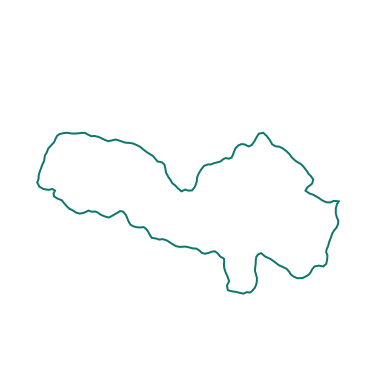 the district of São Gonçalo do Rio Preto, Minas Gerais, Brazil, rotated 110°
{"feature_id": "56859067B83090894964988", "entity_name": "São Gonçalo do Rio Preto", "entity_type": "district", "adm_level": 2, "iso_a3": "BRA", "parent_name": "Brazil", "parent_adm1": "Minas Gerais", "projection": "mercator", "projection_center": [-43.356, -18.089], "detail": "fine", "context": "isolated", "style": "outline", "palette": "teal", "viewbox_px": 384, "rotation_deg": 110, "n_neighbors": 0, "source": "geoboundaries", "source_scale": "gbopen_adm2", "svg_char_len": 2981}
<svg xmlns="http://www.w3.org/2000/svg" viewBox="0 0 384 384"><g transform="rotate(110 192 192)"><path d="M235.9,340.7L239.2,337.3L240.0,332.8L239.1,327.6L236.9,324.2L237.6,321.2L240.9,321.6L243.3,320.1L244.2,316.1L244.3,311.6L246.2,308.4L248.0,305.3L249.6,301.7L250.1,297.7L251.0,293.9L250.7,290.1L248.3,286.2L244.9,282.9L244.8,279.3L243.4,276.2L243.6,273.2L244.5,270.4L244.8,265.8L244.4,261.3L240.6,258.0L237.2,255.1L234.5,253.0L234.0,250.0L236.2,246.2L239.2,243.5L242.0,240.9L243.9,238.4L244.3,234.9L243.8,230.9L242.8,228.1L241.5,225.4L242.6,221.9L244.6,219.3L246.8,216.9L248.9,214.0L248.0,210.0L248.0,206.8L246.3,203.3L246.1,199.5L246.7,196.3L247.7,192.3L248.4,188.4L247.7,184.5L245.6,179.7L245.0,175.5L244.8,172.4L243.7,168.6L244.6,164.6L245.8,162.0L245.6,158.7L243.4,155.3L241.3,153.0L239.9,150.3L240.8,147.0L243.0,143.4L243.8,139.1L246.4,137.9L249.2,137.2L251.9,136.0L254.2,134.4L256.7,132.3L259.4,129.6L263.1,126.6L267.9,127.2L272.0,124.7L271.6,120.0L270.8,116.5L270.5,113.0L269.9,108.9L267.3,106.2L266.8,103.3L264.4,101.6L260.5,100.2L256.7,100.0L253.5,100.6L250.6,101.6L247.5,103.7L244.6,105.9L241.6,106.7L237.4,107.7L233.7,108.9L230.7,109.4L228.0,108.5L225.8,106.1L227.6,101.2L228.1,95.3L229.7,89.6L231.1,85.3L231.4,81.1L231.8,77.0L233.7,73.4L235.6,71.1L236.7,67.7L237.0,63.4L235.0,58.7L232.0,55.8L229.6,53.9L226.7,53.0L223.7,52.7L220.0,51.4L217.8,47.6L217.1,43.3L213.6,41.3L209.8,41.8L205.3,43.0L202.6,45.4L199.8,45.9L196.2,45.6L192.3,46.0L187.4,45.9L182.9,46.0L179.6,45.3L175.7,44.0L171.9,43.8L168.8,44.8L166.1,47.4L162.8,49.6L158.3,51.2L153.9,51.6L150.6,50.9L151.8,55.7L154.6,58.7L155.7,62.4L155.3,66.9L154.3,70.5L153.6,74.2L153.1,77.3L153.2,81.0L152.0,85.8L148.4,85.3L145.7,83.5L143.0,82.0L138.8,82.3L136.3,85.9L135.2,88.5L133.4,90.8L130.8,94.7L128.7,98.6L128.0,102.4L127.2,105.7L125.4,110.0L123.0,113.5L121.4,117.1L119.9,121.8L119.6,125.9L120.5,129.0L119.8,132.9L116.8,136.4L114.0,140.6L112.0,145.3L114.3,149.1L118.2,150.0L122.9,150.7L127.3,151.8L129.8,154.4L129.3,158.8L130.0,161.8L132.4,164.4L136.0,166.1L139.7,166.3L143.3,166.3L146.3,166.6L148.1,168.8L148.6,172.0L150.6,174.0L153.4,175.5L155.5,178.4L157.5,181.3L159.6,183.7L160.7,186.5L163.4,189.7L167.4,191.0L172.1,192.0L176.4,192.2L180.1,191.2L183.7,191.0L186.7,191.2L190.5,192.5L191.9,195.8L192.0,199.2L195.0,202.2L193.4,206.4L191.5,210.2L190.5,213.5L188.5,215.7L186.1,219.2L182.7,223.0L178.9,225.2L175.6,227.3L174.4,230.7L175.1,234.8L173.4,237.7L171.5,241.1L170.9,243.9L170.0,248.2L168.6,252.6L167.3,256.2L166.8,259.8L166.6,264.1L167.3,267.7L168.5,271.9L168.5,275.1L168.6,278.4L168.8,281.7L171.0,285.0L173.0,288.4L172.8,292.2L172.5,295.2L172.2,298.8L172.7,302.8L174.0,305.8L173.7,309.1L173.1,312.7L174.2,316.0L175.7,318.8L177.0,321.7L178.2,325.2L179.1,329.8L181.0,333.5L183.2,336.6L185.7,338.1L188.5,338.4L192.5,338.6L196.5,340.4L200.4,342.0L204.2,342.0L208.1,342.7L213.3,341.6L217.1,342.0L220.5,342.0L225.5,342.0L229.0,341.7L232.2,340.7L235.9,340.7Z" fill="none" stroke="#0f766e" stroke-width="2"/></g></svg>